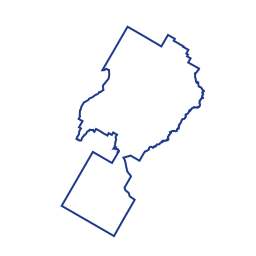 outline of Coomalie, Northern Territory, Australia, rotated 30°
{"feature_id": "25037944B16759006021093", "entity_name": "Coomalie", "entity_type": "district", "adm_level": 2, "iso_a3": "AUS", "parent_name": "Australia", "parent_adm1": "Northern Territory", "projection": "robinson", "projection_center": [131.197, -13.152], "detail": "fine", "context": "isolated", "style": "outline", "palette": "blue", "viewbox_px": 256, "rotation_deg": 30, "n_neighbors": 0, "source": "geoboundaries", "source_scale": "gbopen_adm2", "svg_char_len": 5466}
<svg xmlns="http://www.w3.org/2000/svg" viewBox="0 0 256 256"><g transform="rotate(30 128 128)"><path d="M159.2,41.0L147.4,41.2L147.4,36.4L143.3,36.4L143.2,34.4L141.3,34.4L141.3,34.2L141.2,30.1L135.3,30.2L135.3,29.6L124.0,29.6L124.0,27.4L116.1,27.4L116.1,40.7L94.7,40.5L77.0,40.5L77.0,66.9L76.9,90.8L78.5,89.8L79.4,87.9L79.8,87.5L82.1,87.6L82.5,87.3L85.1,91.2L86.5,94.9L85.6,100.7L85.7,101.1L85.6,101.4L85.4,101.6L85.1,103.7L86.8,106.3L87.1,106.7L87.7,107.3L86.1,110.8L85.9,111.0L85.1,111.2L85.1,112.7L84.5,114.2L83.2,115.7L81.9,119.0L79.8,121.7L79.6,123.6L78.4,125.7L77.9,126.6L77.3,127.6L77.0,127.8L77.0,133.1L77.6,135.0L77.9,136.2L77.8,136.4L77.6,136.6L79.6,140.8L80.6,141.8L80.7,142.0L80.7,144.8L85.2,144.8L85.2,151.9L87.5,151.9L87.4,155.0L87.7,155.7L88.7,158.4L88.4,161.2L88.9,163.3L90.1,163.2L90.1,163.3L90.4,163.3L90.6,163.2L90.8,162.8L92.1,163.2L93.7,162.2L93.2,159.6L93.7,156.6L93.6,155.8L93.7,155.7L94.3,155.1L94.6,153.4L94.4,152.6L94.5,151.5L94.8,151.0L95.4,150.2L95.8,149.4L95.6,148.9L95.7,148.5L96.6,148.3L97.9,147.7L98.7,147.1L99.2,147.6L100.1,148.1L100.8,148.2L100.8,144.8L107.7,144.7L107.9,144.9L114.0,144.8L113.9,142.1L117.4,142.1L117.4,139.3L121.9,139.3L121.9,139.6L121.6,141.2L121.7,141.7L121.9,142.2L122.1,142.5L123.4,143.7L124.4,147.4L124.5,147.7L124.9,148.1L125.0,148.4L125.4,150.1L125.8,150.6L125.8,152.5L126.0,152.2L126.5,152.3L126.9,152.5L127.0,152.2L127.1,151.8L127.2,151.4L127.4,151.1L127.5,151.4L128.0,152.2L128.4,152.3L128.9,151.8L129.3,151.6L129.7,151.4L130.1,151.6L130.3,151.9L131.2,152.1L131.5,152.2L131.6,152.5L131.1,152.5L131.1,153.8L131.7,153.5L131.6,166.3L109.5,166.3L109.5,228.6L169.9,228.6L169.7,208.4L169.7,186.8L169.1,186.7L164.5,186.4L163.6,186.2L163.3,186.1L163.1,185.9L161.7,184.4L160.8,183.9L160.2,183.7L158.5,183.5L157.2,183.2L156.7,183.1L156.3,182.8L155.9,182.4L154.8,181.4L154.8,168.5L154.2,168.0L153.8,167.8L150.4,166.6L149.6,166.2L148.8,165.6L148.2,165.0L145.4,161.9L142.7,158.8L141.7,157.8L140.2,156.7L138.9,155.9L144.1,150.6L154.3,150.6L154.3,141.2L154.5,140.4L154.4,140.3L154.4,139.9L155.0,139.2L155.7,138.7L155.8,138.3L156.0,137.8L156.8,136.3L156.8,136.2L156.6,135.7L156.6,135.4L156.3,135.0L156.3,134.8L156.2,134.2L156.3,134.0L156.5,133.6L156.7,133.4L157.1,132.9L157.5,132.6L158.3,132.6L158.6,132.5L158.9,132.6L159.4,132.6L159.6,132.6L159.8,132.4L159.9,132.1L159.7,131.3L159.8,130.9L160.1,130.5L160.3,130.4L160.9,130.4L161.1,130.3L161.2,130.2L161.2,129.9L160.9,129.5L160.9,129.4L161.1,129.1L161.2,128.5L161.3,127.7L162.1,127.4L163.3,126.2L163.4,125.0L163.8,124.2L164.0,123.4L164.6,123.3L164.8,123.1L164.4,122.4L164.3,122.2L164.4,121.8L165.0,121.9L165.1,121.3L165.3,121.0L166.1,120.9L167.0,120.1L167.1,119.8L167.6,119.7L167.8,119.5L167.8,119.4L167.5,118.7L167.8,118.3L168.5,118.4L168.6,117.5L168.4,117.5L168.0,117.8L167.9,117.7L168.2,117.3L168.2,117.1L167.3,116.3L167.1,115.8L166.9,115.4L167.3,114.4L167.3,114.1L166.9,113.5L167.3,113.0L167.3,112.3L167.6,111.0L167.5,110.7L166.7,110.8L166.4,110.5L166.5,110.4L167.2,110.3L167.4,110.1L167.2,109.6L167.9,108.6L168.1,108.3L168.4,108.2L168.6,108.2L169.0,107.8L169.4,107.4L169.9,107.2L170.6,107.1L171.2,106.8L171.8,106.1L171.7,105.8L171.2,105.0L171.1,104.4L171.4,103.8L172.1,103.5L172.2,103.3L171.6,103.0L171.5,102.9L171.5,102.5L171.8,102.3L171.6,101.6L171.6,101.4L170.9,100.8L171.1,100.0L170.6,99.3L170.6,99.1L171.0,98.6L170.9,97.9L170.9,97.5L171.1,97.0L170.8,95.7L170.8,94.9L170.6,93.6L170.7,93.1L171.1,93.0L172.1,92.0L172.4,91.1L172.4,90.8L172.4,90.7L172.2,90.6L172.2,90.1L172.3,90.0L172.5,90.0L172.6,89.8L172.6,89.6L172.5,89.4L172.3,88.9L172.2,88.7L171.5,88.2L171.2,87.9L171.3,87.3L171.4,87.1L171.6,86.9L171.9,86.7L172.2,86.4L172.5,85.7L172.6,85.2L172.6,84.7L172.7,84.4L172.7,84.2L172.5,83.5L172.4,83.1L172.4,82.9L172.6,82.8L173.0,82.7L173.2,82.3L173.2,81.9L172.8,82.0L172.8,81.9L172.9,81.6L173.0,81.5L173.0,81.4L172.8,81.3L172.9,81.2L173.2,81.1L173.4,80.9L173.3,80.5L173.5,79.9L173.4,79.5L173.4,79.3L173.6,78.9L174.4,77.9L174.6,77.6L174.5,77.3L174.5,77.1L174.7,76.8L174.8,76.8L175.1,76.9L175.4,76.9L175.5,76.7L175.8,76.6L176.1,76.6L176.3,76.4L176.7,76.0L176.8,75.9L177.0,75.9L177.4,76.0L177.6,75.9L177.8,75.8L177.9,75.3L178.1,75.4L178.6,74.9L178.9,74.6L179.0,74.3L179.0,74.2L178.8,73.8L179.1,73.1L179.0,72.7L178.9,72.1L178.6,71.6L178.3,71.3L177.8,71.0L177.5,70.8L177.4,70.4L177.1,70.2L177.1,69.5L177.0,69.2L176.9,69.0L176.6,68.5L176.4,68.4L176.6,67.7L176.9,67.0L176.9,66.8L176.7,66.4L176.7,66.0L176.9,65.9L177.1,65.5L177.1,65.4L176.9,64.8L176.9,64.6L177.0,64.5L177.6,64.7L177.8,64.7L178.0,64.6L178.0,64.4L177.8,64.2L177.3,64.2L177.1,64.1L176.6,63.8L176.6,63.7L176.3,63.5L176.2,63.2L176.1,62.6L176.3,61.7L176.3,61.4L176.2,61.3L175.8,61.2L175.7,61.0L175.5,60.7L175.4,60.6L174.8,60.5L174.6,60.3L174.5,60.1L174.9,59.5L174.9,59.2L175.3,58.5L175.4,58.2L175.1,57.9L174.8,58.2L174.6,58.2L174.4,58.1L174.0,57.8L173.4,57.6L173.0,57.6L172.6,57.1L172.4,56.9L172.1,56.8L171.5,56.7L170.7,56.4L170.0,56.4L169.3,56.7L168.9,56.7L168.6,56.6L168.4,56.5L167.9,55.9L167.3,55.3L166.8,54.7L166.5,54.0L166.4,53.8L166.1,53.6L165.5,53.3L165.2,53.3L165.1,53.5L165.4,54.2L165.4,54.3L165.1,54.5L164.8,54.4L164.4,54.2L163.3,53.4L163.2,53.2L162.8,52.6L162.6,52.3L161.2,50.9L160.4,50.1L160.3,49.8L159.8,48.6L159.7,48.4L159.4,48.2L159.0,47.9L158.7,47.2L158.7,46.8L158.8,46.6L159.1,46.5L159.4,46.2L159.5,46.0L159.6,44.1L159.8,43.1L159.9,42.6L160.0,42.2L160.0,41.6L159.9,41.1L159.7,41.1L159.5,41.5L159.4,41.5L159.3,41.4L159.2,41.3L159.2,41.0Z" fill="none" stroke="#1e3a8a" stroke-width="2"/></g></svg>